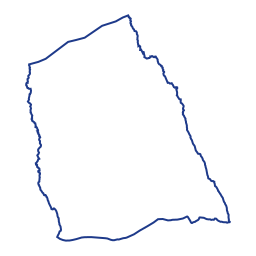 outline of Maravia, Tete, Mozambique
{"feature_id": "85939544B82621359487865", "entity_name": "Maravia", "entity_type": "district", "adm_level": 2, "iso_a3": "MOZ", "parent_name": "Mozambique", "parent_adm1": "Tete", "projection": "equal_earth", "projection_center": [32.061, -15.024], "detail": "fine", "context": "isolated", "style": "outline", "palette": "blue", "viewbox_px": 256, "rotation_deg": 0, "n_neighbors": 0, "source": "geoboundaries", "source_scale": "gbopen_adm2", "svg_char_len": 5720}
<svg xmlns="http://www.w3.org/2000/svg" viewBox="0 0 256 256"><path d="M229.8,221.9L228.9,220.8L228.8,220.3L228.9,219.8L228.5,217.3L228.6,214.8L228.1,213.7L227.8,213.5L227.4,211.4L227.1,211.0L226.9,210.0L226.8,207.9L226.1,205.5L225.3,204.4L224.8,202.9L224.1,202.0L223.7,201.0L222.7,197.7L221.7,196.4L220.4,194.0L220.0,193.7L219.9,193.3L219.0,192.1L218.8,191.4L218.1,190.9L217.8,189.7L216.5,187.3L215.8,186.5L215.3,186.3L215.0,186.0L214.7,183.7L214.3,182.8L214.3,181.7L213.5,181.5L213.0,181.0L212.0,181.1L211.4,180.9L210.8,180.5L210.4,179.6L210.1,179.2L208.3,178.4L207.9,176.1L207.4,175.1L206.3,169.2L205.6,167.0L205.5,166.0L205.0,164.8L205.0,163.7L204.6,162.5L204.3,161.8L203.1,160.3L202.8,159.7L202.6,158.6L201.9,157.3L200.9,156.1L200.4,154.3L199.9,153.9L198.2,153.8L197.8,153.5L197.4,152.6L195.8,150.5L194.8,146.5L194.4,145.6L193.5,144.5L192.9,143.5L191.9,140.2L191.2,139.2L190.4,137.4L190.6,136.7L190.3,135.7L189.5,134.6L188.5,132.4L187.0,129.9L187.1,128.2L186.8,127.1L186.9,125.9L186.6,124.5L186.0,122.6L186.0,121.8L185.4,119.6L185.5,118.7L184.3,116.7L183.9,115.6L183.2,114.9L182.8,114.1L183.1,113.0L182.8,112.5L183.0,112.0L183.0,111.3L183.9,110.5L183.6,109.6L183.1,109.3L183.0,108.8L183.1,108.0L183.6,106.7L183.6,105.8L183.1,105.0L182.7,104.5L182.1,103.6L180.8,102.8L180.6,101.6L180.8,100.0L180.7,99.3L179.7,99.3L179.3,99.1L177.5,96.4L177.4,95.9L176.8,95.3L177.1,94.5L177.1,92.2L176.3,89.3L176.6,88.8L177.2,88.5L177.2,87.4L176.9,87.2L175.8,87.2L174.9,87.7L173.9,87.1L172.7,84.6L172.1,84.1L171.7,83.2L170.0,83.6L168.6,82.6L167.7,82.8L165.0,76.3L164.1,75.7L163.6,74.8L163.4,73.4L164.2,72.0L164.1,71.7L163.3,71.2L163.0,70.8L163.3,69.8L162.5,68.5L162.7,67.8L162.7,67.5L161.5,66.5L161.6,65.9L160.9,65.7L160.4,64.8L159.2,64.3L158.2,62.9L158.0,61.8L157.6,60.9L157.7,60.2L157.6,59.5L156.8,58.2L156.3,57.8L155.8,56.6L155.1,56.5L154.6,57.1L153.7,57.1L153.3,57.0L152.6,56.2L151.8,56.1L150.9,56.8L150.3,56.5L150.0,57.5L149.4,58.0L148.4,58.0L147.9,58.4L146.5,58.5L145.7,57.8L144.4,57.2L144.5,56.1L144.4,55.2L144.1,54.6L143.7,52.1L143.3,52.0L142.8,53.0L141.3,50.0L140.3,50.0L140.4,49.7L140.2,49.4L140.5,48.5L140.1,47.9L140.2,46.5L139.6,45.9L138.5,46.2L138.7,45.3L138.1,44.8L138.1,43.8L137.7,42.2L137.9,40.9L137.8,40.3L137.3,39.6L137.5,38.8L137.4,38.1L137.7,36.1L137.5,35.1L137.0,34.5L136.8,33.7L136.9,32.9L136.7,32.2L136.1,31.3L134.5,31.0L134.0,29.4L133.1,28.7L132.5,27.4L132.2,26.5L131.3,25.7L131.0,24.9L131.2,24.2L131.0,23.8L130.7,23.7L130.5,23.3L130.5,22.2L131.0,21.5L130.8,20.8L130.3,20.4L130.7,18.6L130.3,18.2L129.6,18.2L129.3,17.2L128.7,17.1L128.5,16.0L128.2,15.4L122.8,17.5L115.8,21.4L102.1,25.8L84.7,37.7L76.0,40.0L68.1,41.9L45.7,58.8L38.3,61.9L28.3,64.6L28.8,64.6L29.2,65.5L29.5,65.9L29.6,67.1L30.0,67.7L29.9,68.1L29.6,68.3L29.6,69.0L30.1,69.7L29.8,70.3L29.8,71.7L29.6,72.0L29.9,72.4L30.0,73.3L29.7,74.3L28.3,75.9L28.3,76.6L28.7,77.7L28.2,78.6L27.6,78.9L27.5,79.7L27.9,81.6L27.5,82.4L27.6,82.7L27.0,82.7L26.9,83.0L26.6,83.0L26.3,83.6L26.2,84.6L26.4,84.9L26.3,85.4L26.6,85.5L26.8,85.9L27.3,87.8L27.9,88.2L28.4,88.1L28.8,88.7L30.1,88.9L30.6,88.8L31.0,90.6L30.7,93.0L30.2,93.5L30.1,94.1L29.6,94.2L29.5,94.6L29.5,95.6L28.8,98.7L29.0,99.6L27.9,101.6L29.3,103.1L29.8,103.2L31.0,104.5L30.8,105.4L30.2,106.5L30.6,107.0L31.0,108.6L30.5,110.0L30.7,111.7L30.5,112.2L30.6,112.6L31.0,112.8L31.5,114.4L31.8,114.9L32.2,115.3L32.3,115.7L32.0,116.6L32.1,118.2L31.7,118.4L31.6,119.3L32.4,120.3L32.4,120.6L32.2,120.8L32.3,121.0L34.2,122.2L34.5,122.5L34.6,123.2L35.3,123.4L35.5,124.6L35.7,125.2L35.5,126.1L36.1,126.6L35.7,127.2L36.7,127.6L37.1,128.0L37.3,129.0L37.9,129.8L38.0,130.3L37.7,130.3L37.5,130.9L37.3,131.0L37.9,131.6L37.9,132.3L38.2,132.7L37.9,132.9L38.3,133.4L38.3,133.9L38.6,134.0L39.2,134.7L39.3,135.2L39.0,135.9L39.3,136.4L39.8,136.4L40.2,137.3L39.6,138.0L39.1,139.5L39.3,140.2L40.0,141.0L39.9,143.3L41.0,145.0L40.9,146.0L40.6,146.8L40.2,147.2L39.7,147.5L38.2,149.4L38.1,150.3L38.3,151.5L39.0,152.5L38.6,153.8L37.5,155.0L37.3,155.5L37.8,156.3L38.4,157.7L38.9,158.2L39.3,158.8L38.2,159.4L37.6,161.2L37.2,161.5L36.6,162.6L35.8,163.2L36.0,164.6L36.3,164.9L36.9,164.7L37.1,164.9L37.0,165.6L37.2,167.0L38.1,167.4L38.2,167.9L39.2,168.4L39.4,168.7L39.3,169.3L39.6,170.0L39.6,170.5L39.1,170.5L38.9,171.0L38.3,171.0L38.2,171.2L38.4,172.0L38.9,172.2L39.2,172.7L39.8,172.9L40.0,173.3L40.0,174.1L39.7,174.4L39.5,175.4L39.6,176.8L39.8,177.5L39.5,178.1L39.6,179.1L39.3,180.2L39.4,181.3L39.3,181.7L38.4,182.4L38.3,183.6L38.7,184.9L39.1,185.1L39.4,186.4L39.7,186.7L40.2,187.8L40.4,189.7L41.2,190.6L42.6,192.8L43.3,193.2L44.0,195.0L44.5,195.3L45.3,195.0L45.5,195.0L46.1,195.8L46.4,196.9L47.0,197.2L47.6,199.1L47.6,199.6L48.0,200.8L48.3,201.0L48.9,203.2L50.9,207.2L51.5,209.1L52.8,209.4L53.1,209.2L53.5,208.5L54.0,208.4L55.3,209.5L56.3,211.1L57.3,214.1L57.5,215.9L58.0,217.4L58.7,218.2L58.6,219.2L58.8,219.8L58.8,221.3L59.4,223.6L59.4,224.5L60.5,226.4L61.0,229.7L60.8,230.7L59.6,231.4L58.9,233.6L58.0,235.2L57.2,237.0L60.0,238.9L62.9,240.0L65.7,240.6L69.6,240.5L72.5,240.0L76.3,239.1L81.7,237.5L84.8,237.2L91.1,237.1L105.2,238.2L107.4,238.5L110.8,239.8L112.7,240.2L114.2,240.2L117.3,239.4L118.8,239.5L123.2,238.2L125.6,237.9L126.9,237.5L134.0,234.3L139.7,230.6L147.1,226.4L153.6,222.5L158.0,219.2L162.7,219.0L168.0,220.4L170.9,220.2L172.3,219.8L177.5,219.6L182.9,218.5L187.1,216.5L187.8,216.9L190.2,220.8L191.0,222.5L191.7,223.0L192.1,223.0L193.1,222.3L195.3,221.7L195.6,221.3L198.2,219.9L199.0,218.8L199.4,217.6L199.8,217.4L203.8,217.8L206.6,219.1L208.7,219.4L210.0,219.3L211.2,219.9L212.9,219.6L213.8,219.8L214.3,219.4L214.8,218.6L215.9,218.6L216.4,218.9L217.4,220.1L218.4,220.8L220.6,221.8L221.7,221.7L223.2,222.2L226.4,222.3L227.0,222.7L227.7,222.6L228.2,222.3L229.6,222.2L229.8,221.9Z" fill="none" stroke="#1e3a8a" stroke-width="2"/></svg>